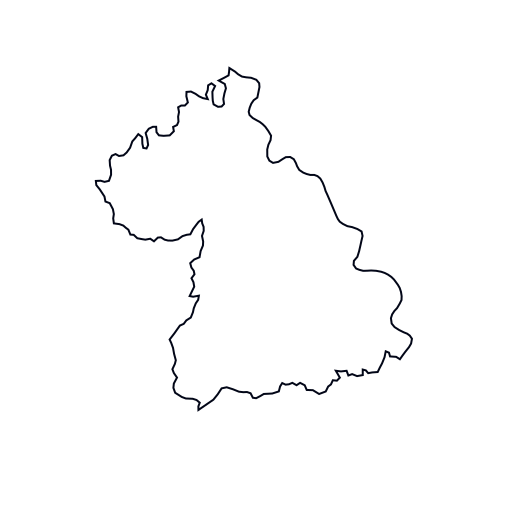 Pinhal da Serra, Rio Grande do Sul, Brazil, rotated 22°
{"feature_id": "56859067B60137678530591", "entity_name": "Pinhal da Serra", "entity_type": "district", "adm_level": 2, "iso_a3": "BRA", "parent_name": "Brazil", "parent_adm1": "Rio Grande do Sul", "projection": "robinson", "projection_center": [-51.231, -27.853], "detail": "fine", "context": "isolated", "style": "outline", "palette": "ink", "viewbox_px": 512, "rotation_deg": 22, "n_neighbors": 0, "source": "geoboundaries", "source_scale": "gbopen_adm2", "svg_char_len": 3770}
<svg xmlns="http://www.w3.org/2000/svg" viewBox="0 0 512 512"><g transform="rotate(22 256 256)"><path d="M197.9,108.6L196.7,102.2L195.9,98.0L194.2,94.6L190.3,92.5L184.7,92.6L180.0,94.0L175.8,94.9L171.3,94.2L167.5,92.9L160.9,91.7L162.0,95.2L162.9,98.8L159.7,102.7L155.7,107.3L159.4,107.8L162.6,108.2L165.3,111.8L165.8,117.0L166.9,122.7L169.4,127.0L168.1,130.3L164.9,131.9L159.9,131.3L157.8,128.3L156.3,125.2L154.0,120.0L154.4,113.7L150.0,112.6L147.7,115.7L149.1,120.3L149.1,125.2L152.5,128.6L147.7,129.5L143.4,129.3L139.2,128.3L134.1,127.9L130.1,129.9L131.6,134.0L135.3,139.2L133.7,143.1L130.3,144.5L128.1,147.3L130.7,151.4L131.6,156.0L133.8,160.5L133.7,164.2L130.8,167.4L133.1,171.1L130.8,176.5L125.3,179.2L120.8,180.5L117.4,178.5L115.0,173.6L111.9,174.9L108.9,178.2L107.6,183.3L111.3,188.1L114.4,193.5L114.2,197.3L111.0,198.0L108.6,194.5L105.9,188.4L101.2,187.1L99.8,192.2L98.4,196.1L98.7,202.8L97.3,208.5L95.4,212.3L91.5,214.6L87.6,214.1L84.8,217.0L84.4,221.9L86.8,226.9L89.3,230.4L91.2,235.0L91.5,241.4L87.8,244.0L83.8,244.4L79.4,246.4L81.4,250.1L86.1,252.7L93.2,257.6L96.0,261.9L100.6,261.8L105.8,266.2L108.5,270.4L109.5,274.6L112.0,279.0L117.5,277.6L121.6,277.5L124.7,278.6L127.8,279.4L131.5,283.2L134.7,282.2L139.3,284.0L144.3,283.0L147.3,282.3L151.5,279.6L155.9,280.6L158.1,275.7L160.9,274.3L165.1,275.1L168.7,274.6L172.8,273.0L177.4,269.8L180.4,265.1L183.8,262.3L187.0,260.5L187.6,254.6L189.0,249.3L190.0,245.8L192.0,242.6L193.9,245.9L196.5,248.6L198.1,252.3L198.4,257.6L201.6,262.4L202.9,266.2L202.8,272.1L204.1,278.3L200.0,282.4L197.7,287.3L200.4,290.9L203.8,293.0L205.8,296.0L204.5,300.8L207.8,303.7L210.2,307.6L209.8,313.5L209.5,318.0L213.0,317.3L217.9,314.2L218.8,318.3L217.9,322.4L217.9,327.8L218.6,331.8L218.6,337.5L215.5,341.8L214.4,346.0L211.5,349.0L210.3,354.0L209.3,358.3L207.2,365.8L209.9,368.3L213.5,372.3L216.7,377.4L220.7,382.7L221.2,386.4L220.9,392.3L223.7,395.3L228.3,398.3L227.6,405.0L228.8,409.2L232.3,413.1L236.2,413.8L240.0,414.5L244.3,414.4L250.8,412.1L254.8,411.8L258.8,413.1L258.9,417.0L260.3,420.3L270.3,405.2L272.3,398.6L273.7,391.6L278.0,388.7L284.5,388.2L291.0,388.2L295.3,387.0L298.6,385.5L302.4,385.3L306.2,388.6L309.4,387.8L312.4,384.3L314.9,381.0L319.0,379.1L322.6,377.4L327.9,373.0L327.2,367.9L327.9,364.0L331.6,364.2L334.6,362.6L337.2,360.0L342.0,360.6L344.4,357.1L349.6,357.6L353.2,361.2L359.0,359.1L366.2,360.3L371.4,355.5L371.8,350.0L373.6,347.0L373.8,342.4L377.7,341.3L379.3,337.4L376.0,334.8L373.0,332.5L378.0,331.2L383.0,328.5L386.4,332.2L389.4,329.5L394.7,329.5L399.6,326.4L397.5,321.3L400.7,320.9L403.9,322.6L407.4,320.4L412.3,318.0L412.6,313.2L413.1,308.3L413.1,301.7L412.0,295.8L415.5,295.8L417.9,298.9L423.7,297.0L428.1,297.8L429.1,293.5L430.3,288.9L432.0,283.2L432.6,279.1L431.6,274.3L428.4,272.2L425.3,271.4L421.5,271.4L416.4,271.0L411.1,270.0L407.1,267.8L404.4,263.1L404.1,259.1L404.9,255.1L406.3,251.5L407.1,246.3L407.4,242.3L406.1,238.7L403.9,235.0L401.2,231.8L398.4,229.6L395.5,227.8L392.7,226.1L389.3,224.7L385.3,223.8L381.7,223.5L378.0,223.7L373.0,224.7L368.2,226.3L364.4,228.1L360.9,229.6L357.0,230.1L353.5,230.1L349.8,227.7L348.6,223.8L350.3,218.8L349.8,212.9L348.8,206.7L348.1,202.6L347.3,197.5L344.7,193.7L339.9,193.0L334.3,193.2L329.5,194.1L324.6,193.7L320.8,192.8L318.1,191.1L315.5,188.7L306.0,179.2L298.9,172.2L296.2,169.7L293.5,166.3L290.2,162.9L286.6,160.1L283.1,158.9L279.7,159.0L276.0,160.5L272.2,161.0L268.6,161.0L263.9,160.0L260.5,157.4L258.2,154.9L254.8,152.1L250.6,151.4L246.6,153.2L244.4,156.1L241.5,160.3L236.9,163.3L232.7,162.6L229.2,159.5L226.5,153.0L225.8,148.2L226.1,143.1L224.9,138.8L220.6,135.5L216.2,132.7L212.8,131.3L209.3,130.3L205.8,129.9L201.3,129.3L197.2,127.7L195.2,125.0L194.6,120.8L194.6,116.5L195.5,112.4L197.9,108.6Z" fill="none" stroke="#020617" stroke-width="2"/></g></svg>